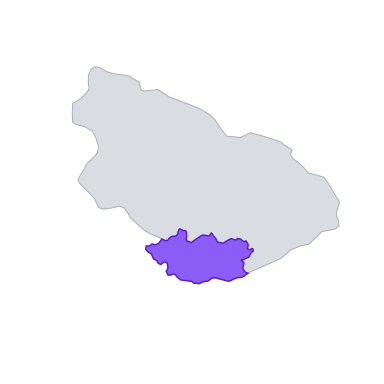 Gasa on a map of Bhutan (Robinson projection), rotated 207°
{"feature_id": "BTN-2437", "entity_name": "Gasa", "entity_type": "District", "adm_level": 1, "iso_a3": "BTN", "parent_name": "Bhutan", "parent_adm1": "", "projection": "robinson", "projection_center": [89.927, 28.037], "detail": "fine", "context": "in_parent", "style": "filled", "palette": "violet", "viewbox_px": 384, "rotation_deg": 207, "n_neighbors": 0, "source": "natural_earth", "source_scale": "10m", "svg_char_len": 3612}
<svg xmlns="http://www.w3.org/2000/svg" viewBox="0 0 384 384"><g transform="rotate(207 192 192)"><path d="M298.7,168.4L298.2,170.8L295.7,176.9L294.1,183.7L295.5,189.2L301.1,195.7L308.5,201.0L318.0,201.4L326.7,199.3L330.2,200.2L335.0,208.9L338.4,216.5L333.8,224.3L331.4,231.2L330.5,236.1L331.1,238.2L333.9,242.1L337.2,248.8L337.7,255.0L335.6,259.1L331.1,261.2L326.4,260.6L322.4,260.6L317.5,261.4L309.7,263.6L302.5,266.6L289.0,266.0L283.6,259.9L281.1,259.9L268.8,267.8L255.4,266.4L231.0,269.1L220.9,269.7L210.4,268.8L205.1,267.1L195.3,261.6L186.4,257.5L177.3,261.2L174.1,261.9L166.8,271.4L151.1,274.6L135.3,276.9L130.7,275.6L121.9,275.0L121.5,272.8L121.8,270.7L119.8,268.9L116.2,267.2L110.0,266.4L102.1,264.1L97.5,261.8L81.4,265.1L72.0,260.1L61.4,253.2L56.0,250.2L54.0,239.6L52.1,236.2L48.0,232.5L45.6,228.3L47.5,224.0L58.2,215.8L59.0,213.9L64.0,198.8L70.8,193.2L77.5,185.6L82.6,173.4L92.5,160.9L103.2,148.1L110.7,137.7L115.6,132.8L125.7,127.6L134.2,124.6L140.0,117.6L147.1,113.7L154.4,112.0L165.1,112.9L175.3,115.4L186.4,118.9L187.7,121.7L186.8,126.6L185.2,131.6L185.1,134.2L186.8,135.6L197.7,136.6L211.1,135.8L218.5,136.5L235.2,141.1L240.1,144.4L245.2,146.9L250.2,146.5L256.5,141.1L263.1,136.5L267.2,135.8L270.2,137.3L275.5,141.6L286.5,145.7L296.3,148.8L299.5,151.7L298.4,164.2L298.7,168.4Z" fill="#d9dde1" stroke="#a8b0b8" stroke-width="1"/><path d="M105.1,145.0L105.4,144.4L105.5,144.4L107.5,140.6L108.8,138.9L110.2,137.6L111.9,136.9L113.7,135.5L117.7,130.0L119.3,129.0L120.9,128.5L131.4,126.5L134.7,125.0L136.3,122.0L136.9,120.4L138.2,119.2L141.2,117.3L141.9,116.4L143.3,114.4L144.1,113.5L145.0,113.0L145.7,113.4L148.7,111.5L151.9,112.3L153.5,111.3L155.2,111.0L162.2,108.5L166.8,109.5L169.4,110.8L171.4,110.5L173.4,108.1L175.7,107.1L178.9,109.5L178.9,113.2L181.5,117.1L184.8,117.6L186.9,113.2L189.8,113.2L192.4,114.9L195.8,114.9L200.1,118.3L203.9,118.6L207.3,119.9L208.2,123.3L205.6,124.3L203.9,127.7L201.0,128.0L198.4,131.1L197.5,136.4L193.6,136.5L193.0,137.0L191.7,138.0L191.5,140.1L190.9,141.4L190.0,142.9L189.2,143.7L186.4,145.4L185.9,146.4L185.8,147.2L185.9,147.8L185.8,148.6L185.9,149.1L186.1,149.6L186.3,150.1L186.4,150.5L186.4,151.5L186.5,152.2L186.6,152.7L186.3,153.3L185.9,153.7L184.9,153.7L184.4,153.8L183.9,153.9L182.7,153.5L182.1,153.5L181.6,153.7L181.1,154.2L180.6,154.5L180.1,154.6L179.4,154.1L178.2,153.0L176.5,150.0L176.3,149.4L176.3,149.1L176.3,148.9L176.4,148.6L176.3,148.1L176.0,147.5L174.6,146.2L173.1,146.3L170.3,146.5L169.9,146.6L169.5,146.9L169.1,147.5L168.4,149.2L164.8,155.9L164.4,156.6L163.9,157.4L163.1,158.3L161.3,159.2L160.4,159.6L158.6,159.9L158.1,160.1L157.7,160.1L157.3,160.2L157.0,160.6L156.7,160.9L156.2,164.2L154.8,163.8L154.4,163.6L153.4,162.8L149.3,161.1L147.2,159.3L146.7,158.9L146.2,158.9L145.7,159.0L144.6,159.5L144.0,159.7L143.4,159.9L143.0,159.9L141.8,160.2L141.4,160.3L140.8,160.8L140.3,161.6L138.6,164.6L135.8,168.4L133.3,168.6L131.9,168.9L130.2,170.1L130.6,171.1L127.2,172.2L125.6,171.6L124.9,171.5L124.3,171.4L123.3,171.5L122.7,171.7L122.4,171.8L121.8,173.0L118.5,171.0L118.2,170.7L117.8,170.3L117.7,169.5L117.1,167.8L116.8,166.6L114.9,166.5L114.3,166.8L114.1,167.2L113.6,167.9L112.9,168.9L112.6,169.0L112.3,169.0L112.0,168.9L111.8,168.7L111.5,168.5L111.3,168.3L111.1,168.0L110.9,167.7L110.8,167.4L110.6,166.8L111.3,165.9L111.8,163.7L111.9,162.9L111.8,162.2L111.7,161.7L111.5,160.9L111.7,160.3L112.1,159.5L115.2,155.4L115.6,155.0L116.1,154.6L116.5,154.4L117.1,153.9L117.2,153.6L116.9,153.4L114.8,153.0L113.7,152.5L113.1,151.5L112.6,148.1L111.5,146.6L109.1,145.2L108.4,144.9L107.2,144.8L105.1,145.0Z" fill="#8b5cf6" stroke="#5b21b6" stroke-width="1.5"/></g></svg>